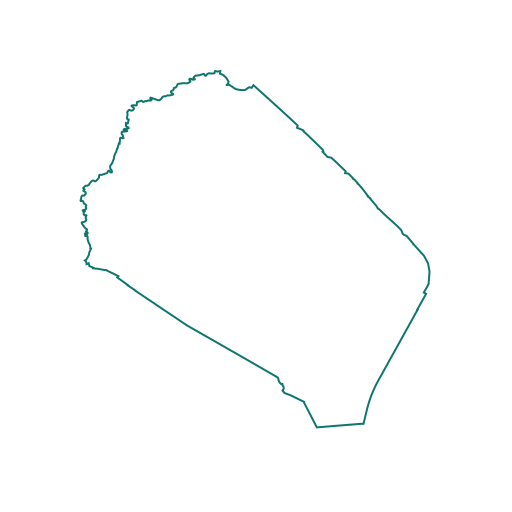 Waalre, Noord-Brabant, Netherlands, rotated 44°
{"feature_id": "6326949B57624243850384", "entity_name": "Waalre", "entity_type": "district", "adm_level": 2, "iso_a3": "NLD", "parent_name": "Netherlands", "parent_adm1": "Noord-Brabant", "projection": "orthographic", "projection_center": [5.434, 51.386], "detail": "fine", "context": "isolated", "style": "outline", "palette": "teal", "viewbox_px": 512, "rotation_deg": 44, "n_neighbors": 0, "source": "geoboundaries", "source_scale": "gbopen_adm2", "svg_char_len": 5794}
<svg xmlns="http://www.w3.org/2000/svg" viewBox="0 0 512 512"><g transform="rotate(44 256 256)"><path d="M101.1,148.8L100.3,150.0L99.5,150.5L98.3,151.2L98.1,151.5L98.1,151.8L99.1,153.2L99.1,153.4L98.6,154.2L97.7,155.2L95.1,157.4L94.5,159.3L94.7,161.0L94.5,161.3L94.0,161.7L93.7,161.7L92.8,161.3L92.1,161.3L91.8,161.5L90.9,162.9L89.8,165.1L87.9,167.5L87.2,168.3L87.1,169.3L87.0,170.1L87.1,171.0L87.4,171.3L89.0,171.2L89.2,171.4L89.2,171.6L88.8,172.3L87.9,173.2L86.0,173.8L85.3,174.4L85.2,174.6L85.3,174.9L85.4,175.3L85.6,175.5L87.4,175.9L87.7,176.3L87.1,178.5L86.6,179.5L85.9,180.3L84.1,181.6L80.4,186.3L80.3,186.6L80.3,186.9L81.1,189.2L81.2,190.2L81.2,190.6L80.6,191.3L80.3,191.9L80.3,192.4L80.8,193.0L81.2,194.0L81.1,194.8L80.7,195.6L80.5,196.1L80.6,196.9L80.9,197.3L81.4,197.4L82.4,197.3L83.7,197.0L84.1,197.2L84.1,197.6L82.6,200.1L81.8,201.1L81.0,201.7L80.7,202.1L80.4,202.9L80.2,203.5L79.9,204.1L78.8,205.2L78.6,205.6L78.3,206.3L78.4,207.3L78.6,208.8L78.4,210.9L77.9,211.6L76.7,212.3L70.7,215.0L70.2,215.4L70.2,215.8L70.6,216.1L72.3,216.2L72.5,216.8L72.3,217.3L72.2,217.5L70.8,218.5L70.1,219.7L69.7,220.7L69.4,221.1L69.0,221.3L68.7,221.5L68.2,222.9L67.8,223.6L67.3,223.7L66.3,223.7L65.8,223.8L65.4,224.5L64.4,226.4L63.5,227.7L63.6,228.0L63.7,228.3L65.1,230.0L65.3,230.3L65.2,230.7L65.1,231.1L64.0,231.9L62.9,232.9L62.3,233.7L62.1,234.2L62.4,234.6L64.8,234.4L65.6,234.6L65.8,234.8L66.1,235.4L66.1,236.0L66.1,236.7L65.9,237.3L65.6,237.8L65.4,238.0L63.6,238.8L63.4,238.9L63.2,239.3L63.1,239.7L63.3,241.5L63.5,242.1L65.4,243.5L65.9,244.3L66.7,245.6L67.3,246.4L67.6,246.6L68.0,246.8L68.5,246.8L68.8,246.8L69.3,246.3L69.8,246.4L70.4,247.6L71.6,249.5L71.5,250.0L70.1,250.7L70.5,251.2L71.2,251.9L72.2,252.7L72.6,252.8L73.3,252.7L74.9,252.2L75.3,252.3L75.6,252.6L75.4,253.2L74.6,254.2L73.3,255.6L73.0,256.5L73.0,256.8L73.2,257.3L73.8,257.5L74.1,257.3L74.6,256.4L75.3,255.7L75.7,255.5L76.0,255.4L76.4,255.5L76.5,255.7L76.1,256.4L73.4,259.7L73.4,260.1L73.5,260.4L74.2,261.2L74.8,261.6L75.5,261.7L76.1,261.6L76.3,261.7L77.3,262.5L78.7,263.2L78.7,263.3L78.6,263.6L78.4,263.8L76.5,264.9L76.4,265.2L76.4,265.6L77.0,266.5L77.4,266.9L78.1,267.6L78.8,268.8L79.3,269.4L79.8,269.9L79.2,270.3L80.9,273.5L81.5,274.6L81.4,274.7L81.5,275.3L82.9,277.9L83.6,280.2L84.2,281.7L85.1,283.4L86.0,284.5L86.3,285.0L86.8,286.4L87.8,288.5L88.1,289.5L88.3,291.3L88.5,292.3L89.3,293.4L89.9,293.9L91.0,294.5L92.6,294.7L93.2,294.9L93.7,295.3L94.0,295.7L94.1,296.1L94.0,296.3L93.7,296.6L93.1,296.9L92.5,296.9L91.1,296.7L90.8,297.0L90.7,297.4L90.8,298.2L91.2,299.5L91.2,300.0L89.6,302.8L88.9,304.4L88.2,305.3L87.3,305.9L87.1,306.3L87.1,306.7L87.4,307.2L87.7,307.7L88.5,308.6L88.8,309.7L88.8,312.8L88.6,313.8L88.2,314.2L86.9,314.5L86.3,315.0L86.1,315.2L85.8,316.0L85.8,316.7L85.8,318.4L86.3,321.1L86.1,321.8L85.8,322.5L84.8,323.8L84.6,324.0L84.5,324.7L84.5,327.1L84.8,327.3L86.3,327.2L86.2,328.5L86.3,328.8L86.6,329.0L88.9,328.5L89.6,328.8L90.3,329.6L90.4,332.1L89.2,333.0L89.0,333.3L89.0,333.6L89.1,334.3L89.5,335.0L90.9,337.2L91.3,338.0L91.7,338.2L91.9,338.1L92.7,336.9L92.9,336.8L93.9,336.8L95.4,337.6L95.8,337.8L97.7,337.3L98.4,337.3L98.6,337.4L99.4,339.0L100.3,339.3L100.6,339.5L100.8,339.7L101.0,340.2L101.0,340.6L101.0,340.8L100.5,341.9L99.7,343.3L99.7,343.5L99.8,343.7L100.2,343.7L101.3,342.7L101.7,342.6L101.8,342.8L101.5,343.5L101.3,344.1L103.1,345.5L103.8,345.7L104.3,345.7L105.6,344.6L105.8,344.6L106.0,344.7L106.3,345.9L106.7,346.6L107.2,347.1L108.6,347.8L108.9,348.2L109.1,348.7L109.0,349.6L108.6,351.0L108.4,351.3L107.6,352.3L107.5,352.5L107.5,352.8L107.6,353.2L108.2,353.5L109.3,353.9L111.7,354.3L113.6,354.5L114.2,354.6L115.4,354.3L115.9,354.3L116.2,354.5L116.4,354.9L116.5,355.1L116.6,356.1L116.7,356.4L117.0,356.5L118.3,356.0L118.7,356.2L119.1,356.5L119.2,356.9L119.2,357.7L119.1,358.0L118.7,358.2L118.0,358.0L117.6,358.0L117.4,358.3L117.4,358.5L119.2,360.1L119.4,360.2L119.6,360.1L120.0,359.2L120.3,358.9L121.0,358.8L121.3,359.0L122.3,359.9L123.4,361.1L124.9,361.9L126.7,362.8L128.7,363.4L131.2,365.0L131.6,365.7L131.9,365.7L132.2,365.5L132.7,366.7L133.6,369.3L135.1,371.5L135.7,373.5L136.4,376.4L136.4,376.9L136.0,378.1L136.9,378.1L138.3,378.5L138.6,378.7L139.3,378.9L139.8,379.5L140.5,378.2L140.7,377.4L143.1,379.0L147.2,377.4L147.4,378.0L150.8,375.3L156.6,371.4L157.9,370.3L171.0,366.1L171.2,367.8L184.3,365.9L184.3,366.2L193.2,364.6L193.3,364.8L254.5,353.9L325.5,335.9L356.1,328.3L357.0,328.6L357.8,329.1L358.6,329.8L359.1,329.9L359.8,330.3L360.7,330.5L362.3,330.7L363.0,330.6L363.6,329.8L363.8,329.7L364.1,329.8L364.7,330.4L365.2,330.6L366.3,330.8L367.8,331.7L368.1,332.3L368.6,334.4L369.4,334.3L369.6,334.4L369.7,334.6L371.8,334.7L377.2,332.3L392.1,327.5L392.7,328.2L418.8,337.0L447.7,304.2L449.9,302.0L441.6,287.9L439.0,283.0L436.6,278.0L435.5,275.4L433.5,270.2L432.6,267.6L431.7,264.9L430.2,259.5L409.5,182.2L409.2,182.4L404.6,165.0L402.1,165.7L399.7,156.4L391.5,146.5L384.9,141.8L376.9,139.2L361.2,138.1L361.0,138.3L360.6,138.0L350.5,136.9L347.4,138.1L346.0,138.1L342.6,136.5L336.9,136.3L322.8,136.8L317.2,136.9L314.4,136.8L311.5,136.9L311.3,137.2L310.4,137.1L307.4,136.3L306.2,136.2L298.8,135.5L298.5,135.1L295.1,135.5L295.1,135.1L286.5,133.8L280.6,133.2L278.8,133.4L278.7,133.0L274.1,132.7L272.5,133.0L272.4,132.7L265.3,132.5L262.6,134.5L261.6,132.8L249.5,132.8L241.8,133.0L238.7,135.1L231.7,134.8L232.0,134.1L230.4,133.2L210.5,133.1L203.5,133.3L203.4,132.9L202.2,132.9L196.4,135.3L195.4,133.2L183.5,133.4L162.2,134.0L135.5,134.9L136.1,138.0L135.6,138.3L135.4,138.2L134.8,138.8L134.0,139.2L133.6,140.4L132.9,143.8L132.6,144.5L131.9,145.3L129.1,147.7L125.5,150.0L124.4,150.3L122.2,150.6L117.8,151.4L117.6,151.6L116.1,153.3L116.0,153.2L116.2,152.1L116.1,151.5L115.9,151.1L115.1,149.6L110.9,148.5L106.4,148.6L103.4,149.9L101.8,147.8L101.1,148.8Z" fill="none" stroke="#0f766e" stroke-width="2"/></g></svg>